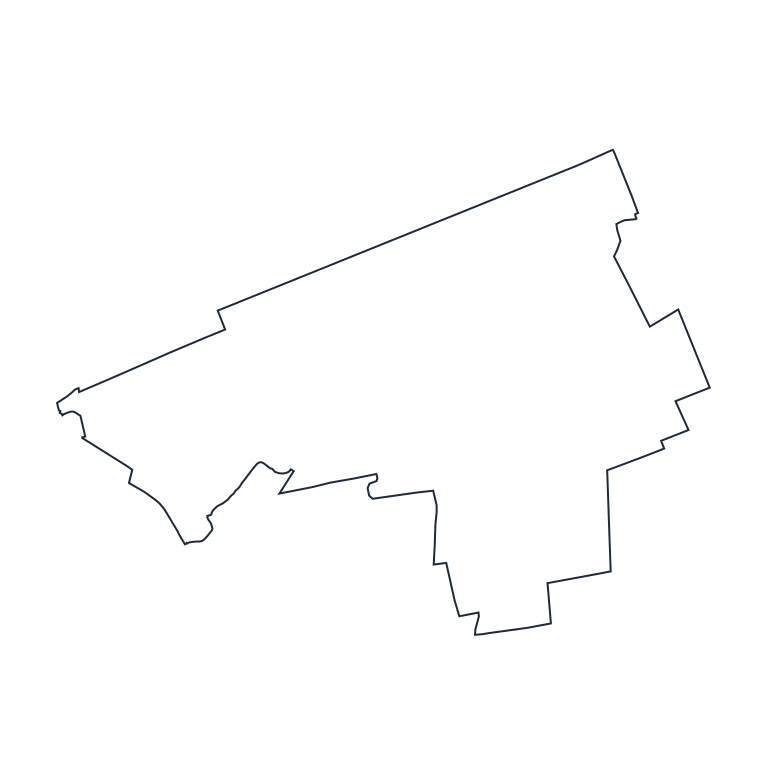 Troianul, Teleorman, Romania, rotated 273°
{"feature_id": "2599482B81423793179318", "entity_name": "Troianul", "entity_type": "district", "adm_level": 2, "iso_a3": "ROU", "parent_name": "Romania", "parent_adm1": "Teleorman", "projection": "orthographic", "projection_center": [24.994, 44.017], "detail": "fine", "context": "isolated", "style": "outline", "palette": "slate", "viewbox_px": 768, "rotation_deg": 273, "n_neighbors": 0, "source": "geoboundaries", "source_scale": "gbopen_adm2", "svg_char_len": 2386}
<svg xmlns="http://www.w3.org/2000/svg" viewBox="0 0 768 768"><g transform="rotate(273 384 384)"><path d="M397.4,709.5L473.8,673.9L455.2,646.5L497.2,622.4L523.5,607.0L530.0,609.8L536.9,611.8L539.2,612.7L550.2,608.8L555.9,607.7L558.7,612.6L560.2,615.9L561.1,622.2L561.7,626.5L562.3,627.4L565.7,626.0L566.8,626.0L568.1,628.7L584.6,621.6L607.0,611.2L626.4,602.2L629.1,600.8L629.7,600.5L629.2,598.8L613.6,568.3L448.6,214.1L430.1,222.5L420.1,201.3L404.1,168.4L387.2,134.8L372.5,105.3L360.0,79.9L363.9,79.2L362.5,76.1L361.8,75.2L359.5,73.1L356.4,69.7L354.3,67.2L353.5,66.1L348.0,58.5L340.6,60.7L340.1,62.2L338.1,61.7L336.7,65.2L335.2,63.8L337.1,66.0L338.4,68.6L340.0,72.5L340.2,74.2L339.8,76.4L336.4,82.5L330.5,84.2L315.9,88.4L315.0,85.4L314.3,85.5L289.1,130.7L285.2,137.1L271.8,134.5L263.6,150.5L256.9,160.9L253.5,165.5L251.4,167.6L251.1,167.9L248.9,169.9L247.2,171.3L242.3,174.7L237.5,178.0L234.3,180.0L231.6,181.9L226.0,185.7L223.1,187.2L213.5,193.6L214.2,194.4L214.2,194.6L214.2,195.4L214.5,195.4L215.0,195.5L214.9,196.1L215.5,197.7L216.3,200.7L216.9,205.7L217.0,206.4L217.0,208.3L217.9,210.7L219.7,213.0L222.3,215.1L229.0,219.9L230.8,220.2L231.5,220.0L235.4,218.6L236.1,218.2L239.3,215.7L240.2,215.2L240.8,214.8L241.8,214.5L242.2,214.7L242.3,214.8L243.1,214.6L244.3,218.1L247.7,219.2L248.9,219.8L253.1,223.8L254.9,226.7L256.5,229.5L260.4,234.1L262.3,235.5L263.7,236.5L267.1,239.9L270.2,241.6L271.0,242.8L272.9,244.5L273.8,245.2L275.8,246.3L278.1,247.5L280.0,249.0L292.1,257.2L293.8,258.5L297.7,261.4L298.5,262.5L299.1,263.4L299.4,264.9L299.2,266.5L298.8,267.3L298.4,268.2L293.8,274.8L293.5,276.7L290.5,279.8L289.4,283.9L289.3,287.7L289.6,289.0L290.0,290.4L290.3,291.5L291.6,293.8L293.9,295.4L293.8,295.5L292.3,298.4L269.1,285.3L277.2,317.5L282.6,335.3L288.2,359.6L293.7,381.0L291.3,382.0L288.8,382.3L286.6,381.5L283.8,374.8L279.3,373.1L271.9,374.9L268.8,378.7L277.4,422.8L280.0,438.7L265.7,442.9L258.9,443.3L246.9,442.7L224.9,443.1L206.3,443.1L208.6,455.5L171.7,465.8L156.0,471.4L160.7,490.3L157.0,490.9L151.5,489.8L143.8,488.1L138.3,488.0L139.3,495.3L139.4,495.7L140.3,500.0L140.4,500.3L141.2,504.3L147.9,539.4L153.6,563.2L188.1,558.5L193.7,557.7L207.2,614.1L208.0,617.2L208.7,620.2L230.1,618.3L246.1,616.9L309.5,611.4L316.9,628.4L326.6,650.5L328.0,653.6L334.2,667.2L341.8,663.7L354.0,690.5L382.1,676.0L391.3,696.1L397.4,709.5Z" fill="none" stroke="#1e293b" stroke-width="2"/></g></svg>